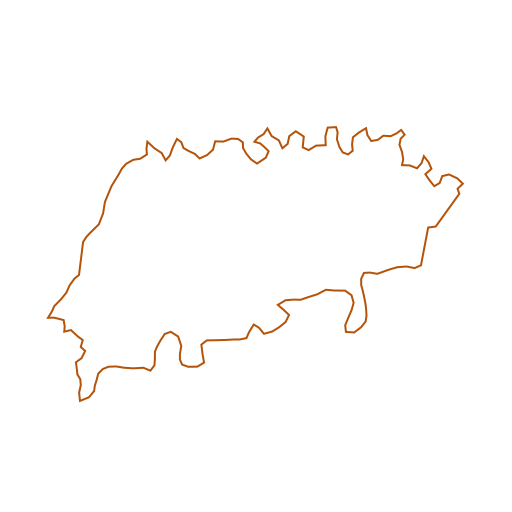 outline of Riqueza, Santa Catarina, Brazil, rotated 264°
{"feature_id": "56859067B39578779945900", "entity_name": "Riqueza", "entity_type": "district", "adm_level": 2, "iso_a3": "BRA", "parent_name": "Brazil", "parent_adm1": "Santa Catarina", "projection": "albers", "projection_center": [-53.345, -26.985], "detail": "fine", "context": "isolated", "style": "outline", "palette": "amber", "viewbox_px": 512, "rotation_deg": 264, "n_neighbors": 0, "source": "geoboundaries", "source_scale": "gbopen_adm2", "svg_char_len": 2579}
<svg xmlns="http://www.w3.org/2000/svg" viewBox="0 0 512 512"><g transform="rotate(264 256 256)"><path d="M364.5,143.9L361.2,136.4L357.0,131.8L351.5,128.0L340.6,119.6L325.5,111.4L314.4,108.4L303.9,103.0L296.3,93.4L292.7,89.3L288.0,85.5L255.7,78.0L252.4,73.0L246.2,67.5L239.4,63.6L233.2,57.4L227.3,50.2L222.0,47.1L216.3,42.7L215.8,48.7L212.4,58.0L206.1,58.4L200.8,57.4L201.7,64.2L194.7,70.3L190.5,74.9L183.8,72.2L179.4,76.2L172.6,71.8L169.1,65.8L162.4,66.0L156.8,66.0L151.8,68.4L145.7,68.2L138.6,65.8L130.3,65.8L132.9,75.0L138.6,80.9L143.7,82.1L149.5,84.6L155.5,86.8L159.6,91.8L161.3,97.7L160.8,105.3L158.7,113.0L157.1,122.2L156.6,132.4L153.0,139.0L157.9,143.6L163.8,144.6L171.5,145.5L176.5,148.3L181.9,152.1L188.0,157.1L189.5,163.3L184.1,170.1L174.4,172.3L166.4,170.1L161.0,169.5L155.7,171.2L152.9,177.1L152.1,186.1L155.4,193.2L163.3,192.6L173.6,192.4L177.2,198.2L176.3,208.9L175.6,218.3L175.3,225.1L174.7,231.1L175.3,237.9L180.8,241.0L188.1,246.6L184.4,251.4L177.8,255.8L179.2,264.2L182.6,271.3L187.2,278.5L193.9,282.7L199.5,277.9L205.1,272.6L208.9,280.7L208.7,288.9L207.8,295.7L209.5,303.0L211.5,312.9L215.1,322.0L213.4,330.7L212.3,340.9L207.0,346.9L199.2,348.2L192.2,345.4L184.2,340.9L177.8,337.5L171.1,337.5L169.7,345.7L174.2,353.1L179.4,358.2L185.3,359.7L192.6,360.0L198.1,359.8L204.5,359.2L210.7,358.5L215.9,357.6L222.3,358.2L227.9,361.6L227.6,367.5L225.6,374.8L227.6,382.9L229.0,389.1L230.1,395.6L229.8,404.7L227.4,412.5L229.5,419.1L266.3,430.2L266.5,437.8L296.6,464.7L301.8,463.5L306.3,469.3L312.2,464.3L316.9,456.5L316.0,449.6L309.4,446.3L306.8,440.6L313.0,436.6L319.7,433.0L324.4,439.6L331.3,437.4L337.7,433.4L331.1,430.4L326.4,425.3L330.0,418.4L331.1,410.7L336.7,412.5L344.2,412.1L351.6,410.3L357.5,412.1L361.1,416.5L366.2,413.5L363.2,408.5L361.1,402.5L362.3,395.1L358.8,389.4L358.3,382.6L364.7,379.4L371.6,378.8L367.8,370.8L363.9,364.8L356.9,363.2L350.6,363.2L347.4,358.2L349.9,353.1L355.6,350.4L363.6,348.7L370.5,350.1L375.8,349.1L376.2,340.7L367.8,337.5L358.9,336.9L359.5,327.3L355.8,319.4L359.2,313.8L369.8,316.0L375.9,308.6L371.7,301.6L364.2,299.2L360.4,293.5L368.6,290.8L373.6,284.1L381.7,280.7L376.4,276.3L373.6,270.4L369.8,266.4L367.5,272.0L363.1,276.1L358.9,279.5L352.8,276.1L347.8,266.7L352.6,261.1L358.9,257.0L364.7,254.4L370.4,254.8L374.3,250.4L375.3,243.9L373.2,235.5L374.3,227.4L366.2,224.3L361.5,217.9L358.9,210.1L364.0,205.8L367.2,200.4L370.9,195.2L377.0,193.6L380.7,189.6L372.7,184.6L364.9,180.8L360.6,176.1L368.2,173.0L373.8,166.2L381.0,159.9L374.3,158.3L368.4,158.1L364.8,150.9L364.5,143.9Z" fill="none" stroke="#b45309" stroke-width="2"/></g></svg>